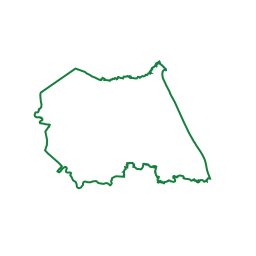 Cuajinicuilapa, Guerrero, Mexico, rotated 199°
{"feature_id": "50627088B12095165689012", "entity_name": "Cuajinicuilapa", "entity_type": "district", "adm_level": 2, "iso_a3": "MEX", "parent_name": "Mexico", "parent_adm1": "Guerrero", "projection": "mercator", "projection_center": [-98.579, 16.455], "detail": "fine", "context": "isolated", "style": "outline", "palette": "green", "viewbox_px": 256, "rotation_deg": 199, "n_neighbors": 0, "source": "geoboundaries", "source_scale": "gbopen_adm2", "svg_char_len": 5709}
<svg xmlns="http://www.w3.org/2000/svg" viewBox="0 0 256 256"><g transform="rotate(199 128 128)"><path d="M83.1,88.3L82.8,88.0L81.9,87.9L81.7,87.6L81.6,87.1L82.1,86.4L81.9,86.3L81.4,86.3L80.6,87.1L80.7,88.2L80.6,88.5L80.4,88.6L80.1,88.6L79.5,88.1L79.2,87.3L78.9,87.3L78.8,87.8L78.3,88.2L78.0,88.1L77.8,87.7L77.2,87.9L76.5,87.3L76.3,87.3L75.9,87.5L75.9,88.0L76.1,88.3L76.1,88.6L75.7,88.9L75.1,89.0L74.3,89.7L74.0,90.1L73.0,90.5L72.9,90.7L72.9,91.3L72.7,91.6L71.5,91.9L71.1,91.8L70.5,91.5L69.8,91.7L67.5,91.8L66.2,92.9L66.4,94.0L67.4,95.2L68.2,95.7L68.8,95.6L69.0,95.7L69.3,96.8L69.3,97.2L68.9,97.6L68.2,97.7L67.3,97.2L66.7,97.4L65.7,97.2L65.3,97.7L65.6,98.0L65.6,98.3L63.7,99.9L61.0,100.4L60.4,100.4L59.7,100.1L59.5,99.8L59.5,99.3L59.3,98.7L59.0,98.5L58.4,98.8L57.8,98.6L57.2,98.8L56.3,98.8L55.4,99.2L53.1,99.5L51.1,98.8L50.6,99.0L49.8,99.8L49.6,100.3L48.8,101.0L48.6,100.8L48.8,100.3L48.6,100.0L48.3,100.0L47.5,100.4L47.3,100.2L47.2,100.0L46.4,100.4L46.2,100.2L45.5,100.6L45.2,100.6L45.8,100.1L45.6,99.6L44.9,99.7L44.9,100.0L44.5,100.1L44.3,99.9L44.3,99.4L44.0,99.4L43.0,100.5L43.0,100.8L43.3,101.0L43.3,100.8L43.6,100.5L44.2,101.0L44.2,101.5L43.6,101.5L42.7,101.9L42.5,102.3L41.9,102.6L40.8,102.9L40.2,102.9L38.8,102.0L38.4,102.0L37.5,102.9L37.4,103.5L37.1,103.6L36.1,103.3L36.3,103.8L36.6,104.1L36.6,104.3L36.1,105.7L36.2,106.1L35.9,106.4L35.5,106.7L34.0,106.9L38.4,112.3L39.4,113.8L40.5,115.5L42.1,118.5L44.4,122.1L46.2,124.2L49.4,127.3L51.6,129.1L58.3,134.2L59.6,135.4L60.1,135.7L60.3,136.0L60.8,136.2L68.3,142.8L76.9,151.5L92.3,167.8L98.5,173.4L99.5,174.5L100.2,175.5L106.2,181.2L107.7,182.9L108.5,183.6L109.5,184.8L110.0,185.1L111.7,187.1L111.9,187.8L112.6,188.9L113.1,190.1L113.6,192.5L113.3,193.6L112.5,195.0L112.0,195.2L111.0,194.9L110.9,195.1L111.1,195.6L111.5,196.1L112.9,196.6L114.5,197.5L115.2,197.7L115.9,198.3L116.3,198.3L118.4,199.2L119.1,199.7L119.3,200.6L119.8,200.9L119.8,200.7L120.6,199.6L120.9,199.9L121.2,199.5L120.8,199.4L120.5,198.9L121.6,198.8L122.2,198.5L122.4,198.2L122.1,197.8L121.6,197.4L121.7,197.2L122.3,197.1L122.4,196.9L121.2,196.0L121.2,195.6L122.7,195.8L123.1,194.5L123.6,193.8L124.2,193.5L124.6,192.7L124.5,192.4L124.8,192.5L125.0,192.2L124.6,190.4L125.1,190.1L125.1,189.7L125.3,189.3L125.0,189.1L124.9,188.8L125.1,188.7L125.3,189.0L125.7,188.4L125.5,188.2L125.3,187.6L124.6,187.4L124.9,187.3L125.0,187.1L124.7,186.9L124.7,186.7L125.4,186.6L125.6,187.0L125.9,186.9L126.1,186.4L126.6,186.2L127.0,184.9L127.0,184.6L127.3,184.5L127.4,184.2L128.6,184.1L128.8,183.1L129.5,182.3L130.3,181.8L131.2,181.8L131.5,181.6L131.8,181.1L132.9,180.0L133.1,179.4L134.5,179.9L134.9,179.6L135.2,179.6L135.8,177.8L137.8,177.1L139.3,176.9L141.7,176.2L141.8,177.1L142.2,177.6L143.4,177.6L143.8,177.3L143.7,176.6L144.7,176.9L145.5,176.9L145.6,176.5L147.0,175.7L148.8,175.2L148.8,173.3L151.1,173.0L151.3,172.9L152.8,172.9L153.6,173.2L153.9,173.0L154.1,172.5L154.2,171.8L153.9,171.8L154.1,170.8L154.4,170.4L155.2,170.9L156.6,171.0L156.9,169.9L158.5,169.6L158.6,168.9L159.9,168.3L159.9,167.8L161.0,167.1L160.9,166.7L161.4,166.8L164.2,166.2L166.0,165.6L166.2,166.9L166.8,166.9L168.4,167.1L168.7,165.3L169.0,165.3L168.9,164.7L169.3,164.3L171.7,164.4L175.9,165.0L178.7,165.0L181.1,165.7L185.0,166.2L187.0,167.0L197.0,167.1L222.0,133.1L221.8,131.0L220.5,127.9L219.0,124.6L217.4,122.1L216.8,119.2L217.6,117.7L218.0,116.1L218.3,116.2L218.0,114.4L218.2,113.6L220.3,112.7L220.6,112.2L220.5,109.9L219.9,108.9L219.1,108.5L217.9,108.3L215.2,109.4L214.5,109.5L213.7,109.5L213.8,109.1L212.9,109.1L212.3,109.0L211.8,108.5L211.6,107.6L212.7,106.4L213.2,105.3L213.4,105.2L213.2,104.5L212.9,104.1L212.6,103.9L209.4,104.6L208.3,104.7L207.7,104.6L204.8,105.2L203.7,105.6L203.0,105.5L203.1,104.6L203.0,103.8L203.3,103.8L205.0,97.7L200.4,90.0L199.8,87.5L199.1,85.3L199.2,84.9L199.1,79.8L195.5,77.9L182.3,72.5L178.1,70.3L179.0,67.7L179.2,67.3L179.4,67.3L180.1,65.7L180.6,64.0L180.4,63.9L179.8,64.0L178.6,63.7L177.6,65.4L176.8,68.0L175.7,69.7L175.0,70.5L174.3,70.9L173.9,70.8L173.4,70.5L172.9,70.2L172.7,69.7L172.8,67.4L172.7,66.9L172.4,66.5L171.9,66.2L171.3,66.1L170.2,66.3L168.5,67.0L167.8,67.1L167.3,66.9L167.1,66.2L167.2,64.6L167.0,64.3L165.5,63.4L163.5,61.2L162.8,60.6L160.0,60.0L159.5,59.6L158.4,58.2L157.3,56.0L156.9,55.6L156.2,55.2L155.7,55.1L154.8,55.1L154.0,55.6L152.9,56.7L152.7,57.8L152.1,59.2L152.1,59.7L152.5,61.1L152.5,62.0L152.3,62.5L152.0,62.9L150.9,63.5L148.4,63.6L145.8,64.5L145.1,64.9L144.3,65.8L141.5,67.2L140.4,67.4L138.3,66.4L136.7,66.5L133.2,67.1L130.7,68.8L129.6,69.0L129.1,69.0L126.8,68.3L126.3,68.0L125.5,69.2L125.4,70.5L126.3,71.6L126.7,72.4L126.6,73.3L126.3,73.7L126.6,74.2L126.7,75.4L124.7,77.6L123.8,78.3L122.1,78.9L115.9,80.6L116.6,81.8L116.8,82.9L116.5,82.8L117.4,85.2L118.0,85.1L117.8,85.4L117.6,86.3L117.7,87.0L116.8,88.4L117.3,89.0L117.9,90.1L115.8,90.4L116.3,91.9L116.1,92.2L116.3,92.5L117.3,92.7L117.3,92.8L116.9,93.0L116.8,93.5L117.3,94.5L116.4,94.9L115.5,94.9L115.3,95.5L113.4,96.0L112.6,96.4L112.4,96.0L111.9,95.8L111.4,96.0L111.2,95.7L110.6,95.6L110.2,95.3L110.0,94.5L110.5,94.1L110.3,93.0L109.3,93.2L108.2,93.0L107.0,92.4L105.6,92.2L105.1,92.5L104.4,92.6L103.2,93.0L102.4,93.0L101.6,94.4L101.3,95.9L101.6,98.1L101.8,99.1L100.9,99.4L100.6,99.2L99.9,99.5L99.4,99.3L98.9,99.9L98.5,99.9L98.5,99.3L97.9,99.4L97.7,99.8L97.0,100.1L96.5,99.9L95.5,99.0L94.6,98.7L94.0,98.9L93.4,98.5L92.2,99.3L91.8,100.0L91.5,99.9L91.1,99.1L90.5,99.2L90.5,99.5L91.1,100.3L90.9,100.5L90.0,100.4L89.4,100.9L88.9,100.4L88.6,100.4L88.7,99.0L88.3,98.3L88.4,96.5L88.0,96.1L88.0,95.4L87.7,95.1L87.9,94.9L86.5,93.2L86.0,92.4L85.1,91.8L84.4,91.0L83.9,91.0L83.7,91.2L83.5,91.8L83.0,91.8L83.0,91.5L83.4,91.1L83.4,90.7L82.8,90.7L82.8,90.4L83.3,89.3L83.1,88.3Z" fill="none" stroke="#15803d" stroke-width="2"/></g></svg>